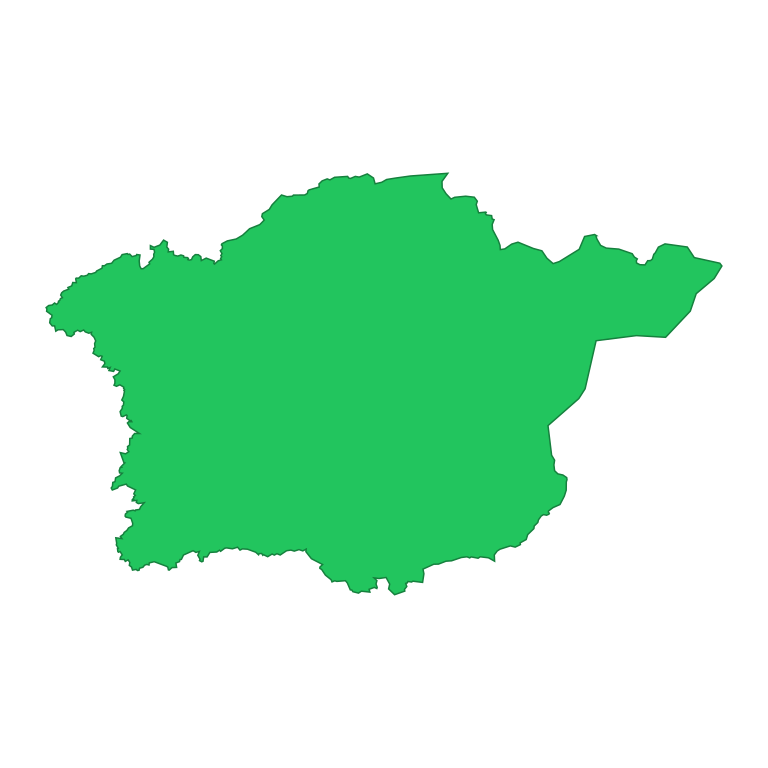 the district of Killaloe Lea-5, Clare, Ireland
{"feature_id": "5873133B2483267720769", "entity_name": "Killaloe Lea-5", "entity_type": "district", "adm_level": 2, "iso_a3": "IRL", "parent_name": "Ireland", "parent_adm1": "Clare", "projection": "natural_earth1", "projection_center": [-8.743, 52.879], "detail": "fine", "context": "isolated", "style": "filled", "palette": "green", "viewbox_px": 768, "rotation_deg": 0, "n_neighbors": 0, "source": "geoboundaries", "source_scale": "gbopen_adm2", "svg_char_len": 6073}
<svg xmlns="http://www.w3.org/2000/svg" viewBox="0 0 768 768"><path d="M687.3,247.0L665.0,243.9L658.4,247.1L655.3,252.8L653.8,254.3L652.3,259.2L650.4,260.6L647.7,260.7L645.0,264.9L639.9,264.7L636.6,263.0L636.3,260.8L637.3,258.9L634.4,257.1L632.2,253.7L618.8,249.1L606.3,248.1L600.6,245.4L597.0,239.2L595.8,235.8L596.5,235.7L594.6,234.5L584.6,236.5L579.2,249.3L559.3,261.6L553.1,263.6L546.9,258.2L541.9,250.8L533.4,248.5L518.0,242.2L511.7,244.1L504.8,248.9L500.3,249.6L500.0,245.4L498.2,240.3L492.6,229.6L492.2,224.5L494.1,219.7L492.2,219.0L491.6,215.6L486.3,214.9L485.4,213.7L486.2,212.4L485.7,212.1L478.6,212.8L476.2,204.6L477.3,201.2L474.3,197.2L465.7,196.2L454.7,197.3L451.0,199.0L446.0,193.7L442.2,187.8L442.0,181.4L447.8,173.3L410.3,176.0L395.3,178.1L386.6,179.5L381.7,182.3L375.1,183.8L373.5,178.0L367.3,173.9L359.2,177.1L355.3,176.4L350.7,178.4L348.9,178.2L347.6,176.4L334.6,177.3L329.9,179.9L327.2,178.9L322.1,180.9L319.0,183.9L319.2,187.0L309.3,189.8L308.1,190.6L307.3,193.5L304.6,195.0L293.4,195.1L292.4,196.2L287.0,196.7L281.5,195.0L272.1,204.8L269.3,209.4L262.4,213.7L261.8,216.6L264.2,220.1L259.8,224.6L249.6,228.7L242.6,235.2L236.2,239.0L227.3,240.9L222.0,243.7L221.4,244.9L222.3,245.8L222.4,248.6L220.3,250.7L222.0,253.6L220.8,255.6L221.7,256.7L220.6,258.6L221.4,259.8L218.2,260.8L214.5,264.1L213.8,263.5L214.3,261.2L206.2,258.1L201.3,260.6L200.8,256.6L198.3,254.7L195.3,254.6L192.7,256.9L191.5,259.6L189.5,260.1L187.8,259.6L188.4,258.4L187.5,257.6L183.9,257.3L183.6,255.8L180.9,255.0L177.8,256.1L174.4,255.3L173.6,254.6L173.3,251.3L168.2,251.9L168.6,249.2L166.8,247.0L167.4,242.3L163.6,240.1L159.8,245.1L154.0,247.3L150.4,245.6L150.4,249.1L154.0,249.4L154.6,252.3L153.7,254.3L153.9,256.7L152.5,259.1L149.0,262.3L149.7,263.9L143.1,268.7L141.1,268.7L139.7,266.0L139.2,261.0L140.0,255.0L136.7,254.5L136.3,255.5L132.1,256.6L129.7,254.1L128.0,254.4L127.3,253.6L122.1,254.6L120.5,257.2L114.1,260.2L111.6,263.3L106.9,264.0L104.4,265.8L102.4,265.7L102.0,268.2L96.6,271.0L95.7,272.4L91.2,273.9L88.6,273.6L87.4,275.2L83.8,276.2L81.2,275.8L78.6,278.2L76.2,278.1L75.7,278.8L76.4,282.7L72.8,282.5L71.7,285.9L67.9,287.5L68.8,289.1L63.6,291.1L61.6,292.9L60.7,295.1L62.4,297.7L60.4,298.6L59.9,300.2L58.4,301.3L58.7,302.2L56.6,304.4L54.6,303.0L52.2,305.0L48.7,305.5L46.1,307.6L46.9,309.0L46.6,311.3L52.0,315.2L51.7,317.7L50.3,318.7L49.7,322.8L52.2,325.9L54.6,325.9L55.8,331.2L58.0,329.8L63.3,329.6L65.7,332.2L67.0,335.5L71.2,336.5L74.3,334.0L73.9,332.4L77.6,330.2L80.2,331.6L83.7,330.0L85.3,331.9L88.8,333.2L91.6,332.3L91.2,334.3L94.1,337.3L95.7,340.9L94.6,343.6L95.0,347.2L93.7,348.6L94.2,350.2L93.0,353.2L98.7,356.7L100.6,355.7L102.2,356.3L100.7,359.7L104.4,361.2L104.8,363.7L102.4,366.9L107.5,367.1L107.8,368.4L110.2,367.5L108.9,370.5L113.6,371.4L114.8,369.0L120.1,371.0L118.1,373.9L113.3,376.8L114.9,379.7L114.9,383.2L114.0,385.2L116.5,386.3L119.9,384.8L123.8,387.2L123.6,388.5L124.6,389.4L123.9,390.5L124.5,391.1L123.5,396.3L121.8,400.0L123.8,401.9L123.4,405.2L122.2,406.3L122.3,408.3L120.1,411.6L121.2,416.1L122.8,416.6L126.4,414.9L127.1,415.5L126.7,418.3L129.8,420.6L131.2,420.5L131.8,421.7L128.8,421.7L127.4,423.0L130.2,427.5L139.4,433.5L134.6,433.5L132.3,436.2L132.3,438.0L129.8,438.5L129.6,445.0L127.5,446.6L127.8,448.3L127.2,449.5L128.8,451.7L125.6,453.8L120.3,452.6L123.9,462.6L124.8,462.9L121.1,466.6L121.7,467.3L120.2,467.6L119.2,470.7L119.6,472.9L122.3,473.2L119.7,475.8L115.6,477.9L115.0,481.7L112.8,482.4L112.4,486.4L111.2,488.0L112.3,490.0L117.6,488.0L118.7,486.2L126.3,484.1L127.5,486.0L135.6,489.9L133.8,493.9L135.3,495.4L133.7,496.8L134.1,497.3L133.1,498.7L133.6,499.4L132.3,499.7L132.2,500.9L136.8,500.4L136.3,502.4L138.3,503.6L144.2,502.7L140.7,506.7L139.5,509.4L135.6,510.0L135.2,510.8L133.2,510.2L127.0,511.4L127.6,512.1L125.4,514.1L125.1,516.1L125.9,517.1L131.0,518.3L132.7,523.3L132.5,525.7L128.6,527.9L126.8,530.5L124.2,532.4L123.3,534.3L120.4,536.4L121.9,538.6L115.8,537.8L116.7,543.3L116.3,544.9L118.3,548.3L117.5,548.6L117.8,551.4L118.4,552.2L120.2,551.6L122.2,554.9L120.4,557.3L120.1,559.3L124.3,559.5L125.3,561.4L128.1,559.9L129.8,562.4L129.3,565.4L131.5,567.0L132.5,570.1L136.2,569.4L137.4,570.5L139.0,570.3L139.6,568.2L142.9,567.3L144.6,565.2L146.8,564.4L149.0,565.0L149.3,562.9L154.2,561.7L166.5,566.3L167.8,567.1L168.4,569.9L169.2,570.1L172.0,567.6L176.6,567.4L175.9,563.0L179.5,561.6L180.0,559.5L181.4,559.4L183.5,555.0L193.1,550.7L195.9,552.4L199.4,551.4L197.8,555.3L200.0,559.2L199.5,560.6L201.7,561.8L203.0,561.3L203.7,556.9L207.1,556.9L209.9,552.4L216.8,552.0L219.5,550.2L220.6,551.3L224.8,548.2L226.7,547.9L232.4,548.8L237.6,547.2L240.0,550.1L242.4,548.9L247.5,549.2L255.7,552.2L258.6,554.8L259.1,553.6L261.7,553.5L262.8,555.3L263.5,554.7L267.7,556.7L272.1,554.0L274.3,555.1L276.9,553.7L280.2,555.0L286.6,550.7L290.9,550.1L294.3,551.1L299.0,549.6L302.8,550.9L306.2,549.1L305.9,551.7L311.4,558.7L322.6,564.5L319.9,567.1L319.9,568.4L321.7,569.5L325.4,575.1L331.1,579.7L332.0,581.9L334.8,580.8L336.8,581.4L345.4,580.7L347.3,582.9L350.3,589.9L351.8,590.0L352.9,591.7L358.5,593.1L361.4,591.2L369.9,592.1L369.1,589.3L374.3,587.4L376.8,588.5L377.2,587.4L376.0,584.0L376.9,580.6L374.1,577.9L379.0,578.5L386.1,577.5L389.7,584.1L388.6,588.9L394.6,594.7L404.8,591.1L404.5,589.4L406.8,586.5L405.7,583.4L407.3,582.9L407.9,581.5L411.6,582.0L412.9,581.2L422.6,582.4L423.9,573.8L423.0,569.1L433.8,564.2L438.5,564.1L446.0,561.2L451.6,560.8L461.3,557.5L467.0,556.8L469.7,557.9L471.2,556.9L478.1,558.2L480.2,556.8L488.5,557.8L494.6,561.2L494.3,554.9L497.2,551.0L500.0,549.2L510.3,545.9L515.2,547.1L520.4,544.6L520.1,542.9L526.2,539.5L527.7,534.6L533.9,528.6L534.2,526.0L537.8,522.5L538.5,519.8L541.2,516.0L543.5,514.6L546.6,515.2L548.9,514.2L549.3,513.3L548.3,512.0L548.5,511.0L553.0,507.6L560.0,504.5L564.3,496.2L566.2,490.2L566.3,481.9L567.0,479.7L566.7,477.6L562.9,475.0L557.9,473.9L554.6,470.7L553.9,464.9L554.6,460.2L551.6,455.2L548.0,425.6L578.8,398.6L585.1,388.8L596.1,340.7L636.4,335.6L665.6,337.3L690.3,311.1L696.2,293.7L714.2,278.5L721.9,266.0L719.8,263.2L694.3,257.6L687.3,247.0Z" fill="#22c55e" stroke="#15803d" stroke-width="1.5"/></svg>